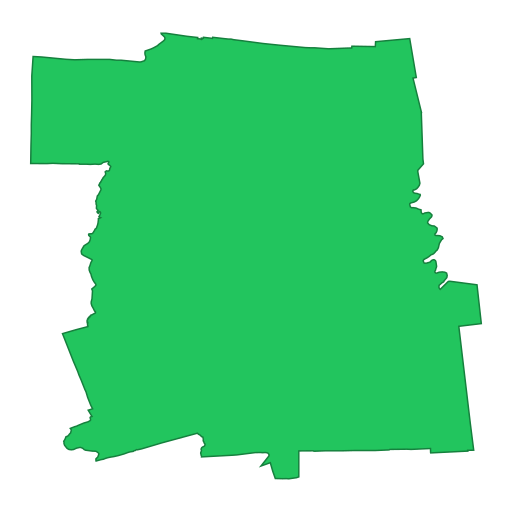 Barla, Arges, Romania
{"feature_id": "2599482B83740552366716", "entity_name": "Barla", "entity_type": "district", "adm_level": 2, "iso_a3": "ROU", "parent_name": "Romania", "parent_adm1": "Arges", "projection": "natural_earth1", "projection_center": [24.78, 44.442], "detail": "fine", "context": "isolated", "style": "filled", "palette": "green", "viewbox_px": 512, "rotation_deg": 0, "n_neighbors": 0, "source": "geoboundaries", "source_scale": "gbopen_adm2", "svg_char_len": 5830}
<svg xmlns="http://www.w3.org/2000/svg" viewBox="0 0 512 512"><path d="M473.7,450.2L470.2,422.6L458.8,326.3L481.3,323.6L477.0,284.8L450.3,281.3L448.8,281.3L448.1,281.6L440.2,289.4L439.5,288.6L438.9,287.4L439.1,285.3L442.0,282.8L443.7,281.8L444.3,280.5L445.2,279.6L446.8,277.6L447.2,275.5L446.6,273.1L444.8,272.2L442.2,271.9L439.1,272.2L436.7,273.1L435.9,273.1L435.2,272.6L434.8,271.9L435.0,271.0L435.6,270.0L435.8,268.7L436.3,267.6L436.6,266.3L435.9,261.7L435.5,260.7L434.6,260.0L433.9,259.7L433.1,259.8L431.5,260.5L430.3,261.9L428.9,262.5L428.1,262.6L426.8,263.1L424.5,263.2L424.0,262.9L423.1,260.7L424.0,259.3L424.7,259.2L425.1,258.7L426.6,258.1L428.9,256.6L431.2,254.7L432.0,254.5L433.5,253.8L434.9,252.4L435.8,251.2L437.2,250.0L438.4,247.7L439.2,244.1L439.5,243.2L441.6,239.7L443.0,238.6L442.3,236.9L440.1,235.8L438.8,235.6L435.9,235.5L435.1,235.2L434.8,234.1L436.1,232.7L436.9,230.9L437.2,229.0L437.0,228.0L434.3,226.0L431.9,225.8L429.2,224.7L427.6,222.9L427.8,221.4L429.6,218.8L431.5,216.9L431.9,215.9L432.0,215.0L431.3,214.2L429.7,212.7L428.4,212.4L424.7,213.0L423.5,213.7L422.3,213.8L421.5,212.9L421.2,212.3L421.0,209.8L418.6,209.2L416.5,208.2L415.2,207.9L414.0,207.8L412.9,207.6L411.8,207.8L410.4,207.0L409.7,204.7L409.8,203.6L410.6,203.0L414.3,202.0L416.5,200.8L418.5,198.7L419.7,196.7L420.3,195.2L420.1,194.4L419.2,194.3L417.1,193.5L414.7,193.2L413.5,192.6L412.7,191.2L413.4,189.9L414.5,189.9L416.6,188.8L417.9,187.4L419.3,185.4L419.9,183.2L417.8,171.8L417.8,170.3L423.5,163.8L422.9,159.1L421.3,112.7L421.5,112.6L413.0,78.1L416.3,77.5L409.7,38.6L375.6,41.7L375.3,46.6L351.9,46.2L351.7,48.0L347.2,48.1L328.7,48.8L314.4,47.8L310.4,47.8L305.4,47.6L279.5,45.2L263.0,43.5L243.4,40.9L233.7,39.7L231.1,39.1L228.7,39.1L223.1,38.5L212.7,37.3L212.5,38.4L203.5,37.3L203.4,38.3L201.4,38.1L201.4,38.8L202.0,38.8L202.0,39.0L202.0,39.3L201.7,39.5L201.2,39.4L201.2,39.0L197.5,38.7L197.7,37.5L187.0,36.3L165.8,33.2L161.1,33.2L161.3,34.0L162.8,35.3L164.6,37.1L164.9,38.0L164.9,39.0L164.5,39.9L163.5,40.9L158.3,44.8L157.8,45.5L153.6,47.8L151.0,49.0L145.2,51.0L144.9,52.9L145.1,54.7L145.9,57.0L145.5,59.4L144.3,60.8L140.9,61.9L139.6,62.0L121.0,60.2L116.4,60.2L109.6,59.4L88.2,59.4L74.8,59.8L65.9,59.3L41.8,57.0L33.1,56.5L31.8,76.0L31.9,100.1L31.6,114.3L31.3,124.6L31.3,133.7L31.0,144.5L30.7,163.5L46.7,163.6L52.8,163.3L61.9,163.7L79.0,163.8L79.1,164.1L79.3,164.2L86.6,164.2L90.2,164.4L95.1,164.1L98.7,164.4L101.1,164.0L103.2,162.4L108.0,161.3L108.8,161.7L108.9,162.0L108.1,163.5L108.1,164.0L108.6,164.6L109.6,165.2L110.7,166.3L110.8,166.6L109.8,168.5L109.5,170.1L109.3,170.5L108.3,171.1L107.7,171.1L106.8,170.8L106.1,171.1L105.3,171.6L105.2,171.9L105.7,173.7L105.3,175.3L103.1,177.7L102.7,178.7L102.0,179.5L101.5,180.7L100.9,181.4L100.6,182.4L99.7,183.1L99.4,184.4L98.8,185.1L99.0,185.6L99.7,186.5L100.8,188.3L101.0,189.0L100.9,189.9L98.4,194.8L97.6,195.6L97.3,196.0L96.7,199.3L95.7,201.1L96.1,202.5L96.1,204.1L96.6,205.4L96.4,208.2L96.5,208.6L97.8,210.0L98.1,210.5L97.1,211.5L97.0,211.9L97.5,212.7L98.3,213.4L98.7,213.1L99.2,211.6L99.8,211.6L100.4,212.2L100.6,212.8L100.5,213.5L99.5,215.8L98.9,216.7L99.1,217.0L100.6,217.7L98.3,218.8L98.4,219.8L98.0,223.1L97.5,225.1L96.5,227.8L96.1,228.5L95.1,229.1L94.6,230.3L92.9,233.0L92.3,233.5L91.9,233.7L89.1,233.9L88.7,234.1L88.6,234.6L88.8,235.5L90.2,236.7L90.5,237.3L90.4,238.5L90.1,240.0L89.4,241.8L87.8,243.4L85.0,245.1L83.6,246.2L83.4,246.6L83.3,247.4L82.7,247.9L81.4,250.4L81.2,251.4L81.6,253.7L81.9,254.2L83.7,255.5L88.4,257.8L91.9,259.6L92.2,260.1L90.8,262.8L90.0,265.5L89.1,267.6L89.2,270.1L90.0,272.3L91.0,274.2L91.4,276.1L92.8,279.7L94.3,282.2L95.5,283.8L95.9,284.5L95.9,285.2L94.8,286.5L91.8,289.0L92.5,290.9L92.0,298.8L91.2,301.9L91.2,303.6L91.9,305.9L93.3,308.4L94.4,310.7L94.9,311.4L95.3,311.5L95.2,311.8L95.5,312.5L95.4,313.0L93.0,314.2L92.3,314.7L90.9,315.1L90.7,315.8L90.2,315.9L89.7,316.4L89.6,316.7L90.0,316.6L90.0,316.8L89.5,317.2L89.2,317.0L88.9,317.1L88.3,317.9L88.2,318.2L88.4,318.5L87.8,318.7L87.6,319.0L87.8,319.6L87.3,319.9L87.1,320.5L87.1,321.9L87.3,322.2L87.7,322.2L87.8,322.7L87.8,322.9L87.3,322.9L87.6,324.1L87.5,325.1L87.9,325.7L87.9,326.6L76.8,329.5L62.5,333.6L73.4,361.3L77.7,371.4L79.0,375.1L81.1,379.9L84.9,389.5L86.0,391.8L87.7,397.5L90.8,405.3L92.6,408.8L88.2,410.2L92.0,416.5L90.6,416.9L90.2,417.3L90.1,417.5L90.6,419.7L90.6,420.0L90.3,420.5L88.1,421.8L83.9,423.0L77.9,425.5L76.5,426.2L74.9,426.6L70.3,428.4L71.0,429.3L71.2,430.2L71.2,430.9L70.6,432.6L70.6,433.0L69.5,434.0L68.8,435.0L67.4,436.4L66.5,436.5L66.0,436.7L64.9,439.5L63.7,441.3L64.0,442.2L64.0,443.6L64.6,445.3L66.9,448.2L68.2,449.1L69.1,449.5L71.4,449.8L73.6,449.5L76.4,448.2L79.4,447.5L80.4,447.4L82.1,448.0L83.2,448.6L84.2,449.6L85.6,450.2L92.4,451.1L95.5,451.2L96.4,451.5L98.2,452.8L98.8,453.6L98.8,454.1L97.9,456.8L97.3,457.5L96.0,458.7L95.9,460.1L96.1,461.0L100.8,459.7L103.5,459.2L105.7,458.3L107.8,457.7L110.6,457.1L113.8,456.6L118.2,455.6L124.1,453.9L127.6,452.6L129.9,451.9L133.2,451.4L134.1,450.7L135.3,450.5L136.5,449.6L137.4,449.8L141.5,448.9L161.7,442.9L197.4,433.2L198.4,434.2L200.0,435.0L201.7,436.7L202.9,437.1L203.3,439.2L203.2,440.9L203.8,441.7L204.1,442.9L205.1,444.2L204.6,446.0L203.9,446.4L203.1,446.7L201.8,447.6L201.3,448.5L201.1,449.3L201.5,450.7L200.8,452.4L200.7,453.2L201.3,455.8L201.7,456.4L201.6,456.9L232.7,455.2L236.9,454.9L255.1,452.6L260.4,452.5L262.7,452.7L265.2,452.5L267.2,452.8L268.0,453.2L268.9,454.4L269.1,454.9L268.8,456.1L261.0,466.0L270.3,462.7L272.8,471.4L275.3,478.5L282.6,478.7L286.3,478.6L288.7,478.8L296.5,477.7L298.8,476.9L298.8,454.1L298.8,451.0L299.1,450.9L313.2,450.8L313.9,451.2L314.6,451.2L324.9,450.8L341.8,450.8L354.1,450.5L375.4,450.5L389.1,449.9L389.8,449.4L406.9,449.2L411.2,449.4L430.5,448.5L430.6,452.6L430.7,452.9L430.9,452.9L467.6,451.1L467.8,451.1L467.7,450.3L473.7,450.2Z" fill="#22c55e" stroke="#15803d" stroke-width="1.5"/></svg>